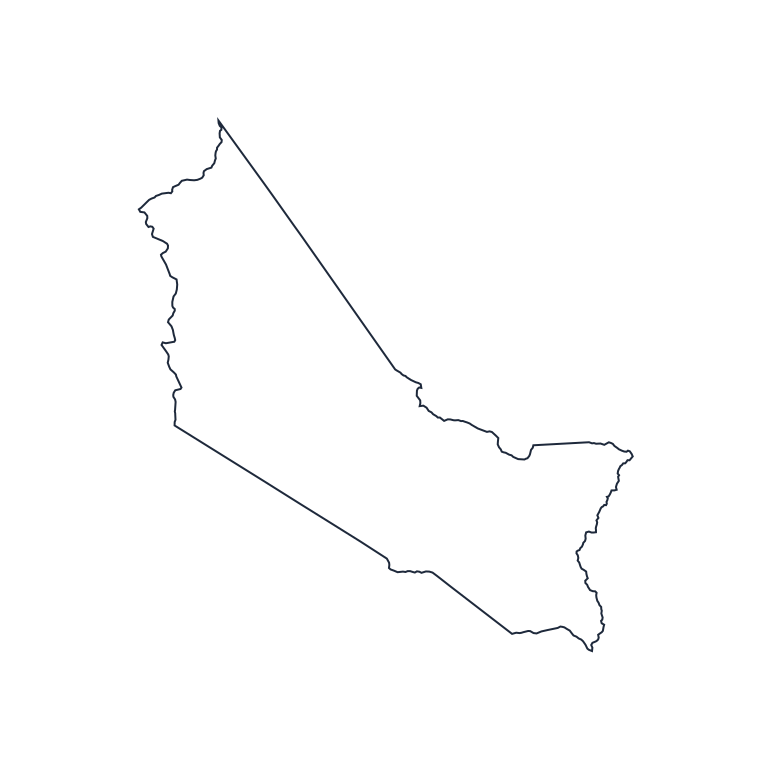 Loreto, Maranhão, Brazil (Robinson projection), rotated 110°
{"feature_id": "56859067B64584099419455", "entity_name": "Loreto", "entity_type": "district", "adm_level": 2, "iso_a3": "BRA", "parent_name": "Brazil", "parent_adm1": "Maranhão", "projection": "robinson", "projection_center": [-45.236, -7.204], "detail": "fine", "context": "isolated", "style": "outline", "palette": "slate", "viewbox_px": 768, "rotation_deg": 110, "n_neighbors": 0, "source": "geoboundaries", "source_scale": "gbopen_adm2", "svg_char_len": 4659}
<svg xmlns="http://www.w3.org/2000/svg" viewBox="0 0 768 768"><g transform="rotate(110 384 384)"><path d="M563.8,97.2L560.5,98.0L558.4,100.0L555.9,99.6L554.2,97.7L552.9,96.4L550.9,95.4L548.9,95.5L546.4,97.0L544.9,96.0L542.8,94.5L541.1,93.9L539.4,94.2L537.2,94.6L534.9,94.8L534.4,97.6L532.4,99.0L530.7,98.3L528.6,98.7L527.0,100.0L525.3,101.3L522.6,101.8L521.3,102.8L519.2,103.7L518.1,105.9L516.1,107.6L514.8,109.4L511.9,111.4L509.8,112.4L507.5,112.8L506.6,114.6L507.3,117.0L507.2,119.9L506.0,121.4L505.0,122.8L503.2,124.4L502.1,126.7L500.0,127.6L496.9,126.1L495.4,127.4L493.3,128.8L491.1,129.9L490.3,132.9L490.0,135.1L488.6,136.7L486.3,138.5L485.0,139.5L483.7,141.6L481.0,141.9L478.7,143.3L477.3,145.2L475.5,145.7L474.2,144.8L473.2,143.5L471.1,143.4L469.2,142.4L466.7,142.2L465.1,142.4L462.7,141.4L460.4,141.6L457.5,143.0L454.3,143.3L452.6,141.0L452.6,138.1L452.0,136.5L450.8,134.1L448.9,134.8L447.0,135.7L445.4,135.9L443.1,136.0L441.0,136.4L439.5,137.7L436.5,136.7L434.4,138.6L430.5,138.0L426.7,137.8L425.2,137.3L424.0,136.2L422.3,135.7L421.9,133.9L420.3,133.7L418.6,134.6L416.8,134.4L414.9,134.6L413.8,135.9L412.8,134.5L410.5,134.0L408.3,133.8L406.2,133.8L405.2,131.1L403.8,129.2L401.5,130.8L398.0,131.0L394.7,130.2L393.0,131.2L391.1,132.3L389.3,131.9L388.2,133.8L385.7,134.3L383.6,134.2L382.0,133.9L380.4,133.8L378.8,132.7L376.8,132.1L376.0,130.2L374.4,129.6L372.3,129.1L371.7,127.2L367.0,125.5L365.0,127.4L363.2,130.0L363.2,132.0L364.7,132.9L365.3,135.2L365.3,137.6L365.0,141.0L364.4,142.6L363.4,146.3L362.0,148.5L361.8,150.6L361.9,152.8L365.8,156.2L365.9,160.2L367.6,164.3L367.7,166.5L368.6,168.2L368.6,171.4L390.5,222.7L393.0,222.4L395.6,223.3L400.1,222.8L402.0,222.9L404.7,223.8L405.7,225.1L406.9,226.2L408.7,232.3L408.5,234.9L408.3,237.7L407.4,239.7L407.6,242.3L407.0,246.1L407.3,248.3L407.3,250.2L405.5,251.9L404.1,254.3L401.8,256.5L399.0,257.3L395.7,258.1L394.3,261.1L392.2,266.2L392.4,268.6L393.8,270.9L393.7,280.6L392.5,287.4L391.8,290.0L391.7,292.8L391.8,295.3L391.8,297.3L392.5,298.9L392.5,301.8L393.9,304.9L394.3,306.5L394.6,309.5L395.4,312.0L398.1,314.9L396.4,320.0L397.1,322.0L396.3,323.8L395.6,327.5L394.4,329.7L394.0,332.8L391.7,335.9L390.9,339.6L392.6,342.9L389.5,343.3L387.0,344.4L383.9,349.2L378.9,350.8L376.9,350.7L375.2,349.7L374.9,347.6L371.7,349.4L371.3,352.1L371.5,354.7L371.0,360.1L369.9,365.0L369.1,366.5L369.3,368.6L368.6,370.9L367.7,372.4L366.9,376.8L366.5,378.5L317.3,449.0L291.8,485.5L273.9,511.1L270.6,515.9L265.9,522.8L244.6,553.6L236.8,565.0L193.0,629.7L195.4,628.6L197.6,626.6L198.6,624.4L200.8,623.8L202.2,624.7L204.7,624.2L208.4,622.6L210.2,619.9L212.3,619.4L214.6,620.4L216.9,621.0L219.0,621.7L220.8,621.1L222.8,621.5L224.4,621.3L226.9,620.7L229.7,619.2L231.6,619.3L234.6,619.0L237.6,620.1L239.7,620.2L242.7,624.1L245.6,626.0L247.4,625.8L249.5,624.8L252.3,625.4L253.8,626.7L256.0,629.2L257.5,632.1L258.7,636.2L259.3,639.0L260.8,641.3L262.2,643.5L265.0,644.6L267.0,645.2L269.6,648.0L271.2,649.6L274.0,649.5L275.4,648.8L277.6,649.5L278.0,651.9L281.1,657.9L283.3,660.1L285.3,662.6L287.2,663.4L289.3,665.9L291.3,667.7L294.2,669.1L301.4,672.5L303.7,674.1L305.6,671.9L304.7,667.8L307.0,664.0L309.1,663.1L313.3,663.2L315.0,662.2L317.0,659.0L315.8,657.5L315.5,655.5L316.8,653.6L322.5,653.3L324.8,651.5L325.3,640.7L326.4,635.8L327.8,634.3L330.5,633.5L334.3,634.4L336.6,636.6L338.8,637.8L340.3,636.8L346.3,629.7L354.0,623.0L355.5,621.9L356.1,619.5L356.7,614.7L361.3,612.3L366.1,611.0L370.2,610.6L373.7,611.7L379.3,611.0L383.0,609.6L384.3,608.4L385.1,606.3L386.7,605.7L389.5,606.2L391.9,606.0L397.0,608.3L399.8,608.1L402.5,603.4L404.0,602.1L405.5,600.8L408.1,599.3L409.9,598.2L412.3,596.4L414.2,595.2L416.0,595.5L420.3,602.9L420.6,606.2L423.4,606.4L427.9,599.8L430.1,596.8L431.7,595.7L434.8,594.9L438.0,594.5L441.3,591.7L443.3,589.7L445.0,585.4L446.3,582.8L448.0,581.7L456.6,573.1L458.3,573.5L461.3,578.0L464.1,578.6L466.4,578.3L468.1,577.5L470.0,575.0L472.1,573.7L479.7,571.5L481.3,571.2L482.9,570.2L484.4,569.6L488.9,567.7L491.3,567.7L494.6,566.6L516.3,463.9L525.2,422.5L532.7,387.0L540.1,352.2L547.1,321.6L550.2,318.1L552.2,317.1L555.2,316.4L556.0,314.4L556.0,310.7L556.2,306.9L553.8,302.0L553.3,299.5L551.7,297.7L550.9,295.4L550.8,292.5L550.6,290.5L548.8,289.0L548.3,286.6L548.6,284.2L545.8,280.5L544.8,277.3L544.6,273.9L546.3,268.3L551.6,252.0L575.0,178.2L572.5,174.7L571.7,171.4L570.8,169.8L569.5,168.1L566.8,164.1L566.2,162.1L566.9,158.3L566.2,155.3L562.7,151.5L559.3,146.2L553.8,137.3L551.6,135.3L551.2,133.3L551.0,131.2L551.6,128.6L552.2,125.1L554.1,122.2L555.5,119.9L555.6,116.7L556.5,114.1L556.7,111.2L557.7,108.9L560.1,105.5L563.1,102.4L563.7,100.6L563.8,97.2Z" fill="none" stroke="#1e293b" stroke-width="2"/></g></svg>